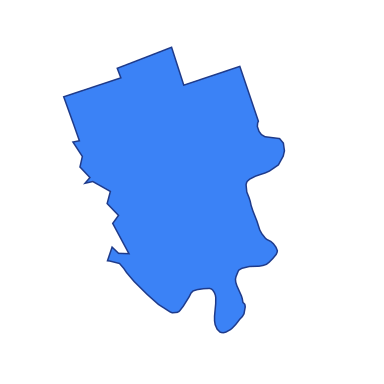 the district of Perry, Indiana, United States of America, rotated 341°
{"feature_id": "52423323B11112543389070", "entity_name": "Perry", "entity_type": "district", "adm_level": 2, "iso_a3": "USA", "parent_name": "United States of America", "parent_adm1": "Indiana", "projection": "mercator", "projection_center": [-86.618, 38.054], "detail": "fine", "context": "isolated", "style": "filled", "palette": "blue", "viewbox_px": 384, "rotation_deg": 341, "n_neighbors": 0, "source": "geoboundaries", "source_scale": "gbopen_adm2", "svg_char_len": 1560}
<svg xmlns="http://www.w3.org/2000/svg" viewBox="0 0 384 384"><g transform="rotate(341 192 192)"><path d="M277.8,146.7L278.1,92.4L278.1,88.8L219.0,88.3L219.8,48.5L161.6,50.7L161.9,60.9L101.7,60.2L102.1,90.0L102.2,106.9L95.7,106.0L99.9,122.7L94.2,131.9L100.2,145.1L93.7,148.9L101.6,149.8L115.0,164.9L108.0,175.3L114.9,190.2L106.8,195.9L112.3,229.8L102.6,226.1L98.5,218.1L89.7,229.5L91.8,230.5L100.2,236.0L102.6,242.0L103.9,246.9L108.2,257.9L116.2,274.1L123.6,287.3L132.3,298.3L134.0,299.8L138.9,301.0L140.9,300.7L142.2,300.0L146.6,297.1L155.0,290.3L158.2,287.2L160.9,285.9L165.1,286.0L171.5,287.2L177.3,288.9L178.9,290.2L179.7,291.6L180.4,294.4L180.5,297.2L180.1,299.5L178.0,305.4L172.9,316.7L171.4,321.1L170.7,325.0L171.1,329.9L172.9,333.6L174.5,334.7L176.0,335.3L178.4,335.5L183.6,334.6L185.7,333.8L190.2,331.5L195.8,327.8L199.1,326.1L201.5,324.1L204.9,318.0L205.3,316.1L205.3,315.2L204.2,313.0L204.8,309.2L204.9,306.4L203.9,295.2L204.0,291.5L204.7,288.6L206.0,286.4L210.0,281.8L211.1,281.0L214.4,280.4L221.9,281.1L231.3,284.0L235.4,284.6L238.9,284.6L242.1,283.5L246.9,281.1L251.3,278.4L252.9,276.6L253.6,275.3L253.4,271.5L252.1,267.4L250.4,264.4L247.2,261.1L246.2,259.3L244.4,254.1L243.7,250.0L243.9,240.8L243.4,229.7L243.5,223.8L244.0,219.9L244.1,216.0L243.8,209.8L245.5,202.7L246.8,200.7L247.9,199.8L250.8,198.6L257.1,197.7L262.0,197.7L267.5,197.8L272.0,197.4L282.5,194.5L289.9,187.8L292.8,183.2L294.3,175.5L292.2,170.0L279.0,163.5L276.3,160.3L275.1,156.5L275.1,151.3L276.6,148.0L277.8,146.7Z" fill="#3b82f6" stroke="#1e3a8a" stroke-width="1.5"/></g></svg>